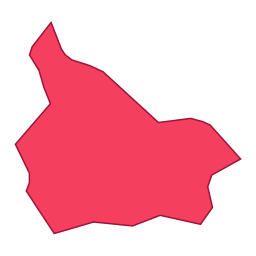 the Statistical Region of Starše
{"feature_id": "SVN-996", "entity_name": "Starše", "entity_type": "Statistical Region", "adm_level": 1, "iso_a3": "SVN", "parent_name": "Slovenia", "parent_adm1": "", "projection": "natural_earth1", "projection_center": [15.758, 46.466], "detail": "fine", "context": "isolated", "style": "filled", "palette": "rose", "viewbox_px": 256, "rotation_deg": 0, "n_neighbors": 0, "source": "natural_earth", "source_scale": "10m", "svg_char_len": 452}
<svg xmlns="http://www.w3.org/2000/svg" viewBox="0 0 256 256"><path d="M51.1,22.5L61.5,49.3L65.2,54.8L71.8,59.9L89.7,65.6L103.1,71.8L158.4,122.5L190.7,118.4L202.8,121.7L210.1,125.0L240.6,159.0L211.8,175.0L207.7,186.8L212.5,207.4L200.5,224.3L160.1,215.3L132.6,225.9L93.5,222.0L54.2,233.5L26.3,191.0L29.4,182.8L29.4,173.2L15.4,144.3L50.4,103.7L43.9,87.4L39.1,70.6L29.5,55.0L32.2,46.7L51.1,22.5Z" fill="#f43f5e" stroke="#9f1239" stroke-width="1.5"/></svg>